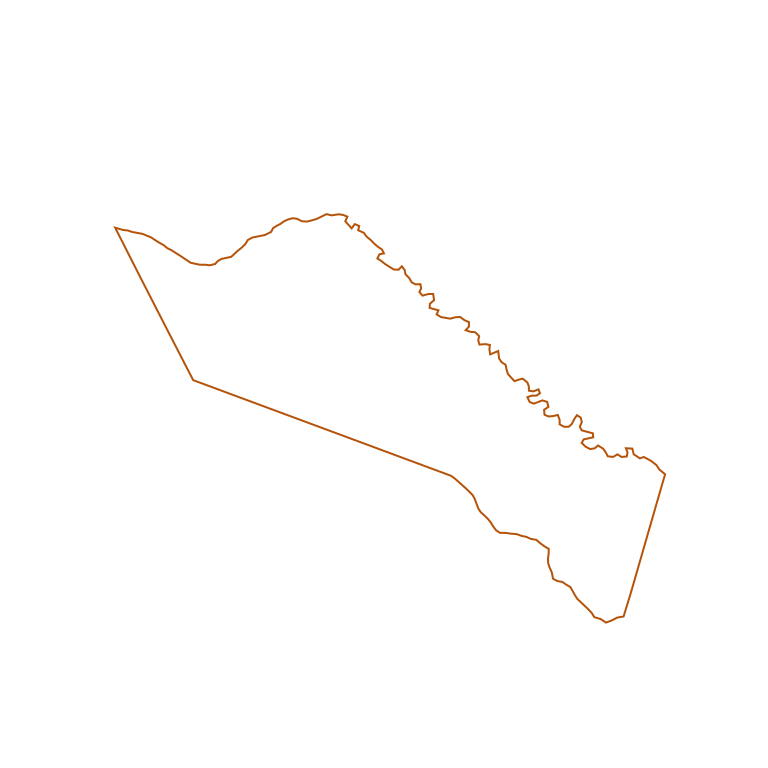 Nova Timboteua, Pará, Brazil, rotated 111°
{"feature_id": "56859067B79534795748726", "entity_name": "Nova Timboteua", "entity_type": "district", "adm_level": 2, "iso_a3": "BRA", "parent_name": "Brazil", "parent_adm1": "Pará", "projection": "robinson", "projection_center": [-47.412, -1.17], "detail": "fine", "context": "isolated", "style": "outline", "palette": "amber", "viewbox_px": 768, "rotation_deg": 111, "n_neighbors": 0, "source": "geoboundaries", "source_scale": "gbopen_adm2", "svg_char_len": 2676}
<svg xmlns="http://www.w3.org/2000/svg" viewBox="0 0 768 768"><g transform="rotate(111 384 384)"><path d="M448.8,563.5L447.2,424.9L446.5,363.5L445.7,288.4L446.9,284.0L452.2,269.9L456.0,261.3L458.8,258.1L466.6,251.2L469.1,247.6L470.7,243.3L472.7,238.7L474.9,234.8L478.0,230.8L480.4,227.0L481.4,222.3L479.4,217.1L478.4,212.5L476.6,206.3L476.5,201.3L475.7,196.2L476.0,191.5L474.9,185.9L476.5,181.6L478.0,176.3L478.9,171.1L483.7,169.4L488.7,168.2L492.6,166.4L496.0,163.6L499.8,159.8L505.2,156.4L505.8,151.2L504.9,146.6L506.0,142.0L506.8,137.2L512.8,130.0L515.4,126.4L520.9,113.0L523.2,108.2L526.3,104.1L525.8,97.4L527.2,91.3L522.8,86.3L518.6,82.7L515.2,77.0L492.2,78.6L485.9,79.1L381.2,88.1L367.6,89.2L365.1,96.4L362.1,100.5L360.1,107.2L359.0,115.2L361.7,118.5L360.1,125.7L355.3,129.0L357.3,135.1L360.5,132.2L364.7,131.4L367.0,136.2L366.0,140.8L370.0,144.0L371.3,149.2L368.5,152.3L365.9,156.1L364.7,162.1L368.6,164.3L370.9,168.4L370.2,173.6L368.1,178.3L364.1,177.7L358.8,169.6L355.2,171.3L356.4,182.8L353.7,185.9L348.6,185.7L344.9,188.3L344.0,192.7L348.6,193.8L353.9,194.3L357.7,196.2L359.4,200.5L358.7,205.6L354.7,207.1L350.6,210.6L353.3,214.6L355.3,218.6L355.2,223.1L350.7,225.3L346.4,222.3L342.2,225.3L342.6,230.3L348.6,237.0L348.6,241.6L344.9,245.4L342.0,242.0L340.2,237.5L336.7,235.1L333.6,237.9L337.3,241.8L338.3,246.3L334.2,248.0L331.2,250.7L329.3,256.4L331.8,260.0L334.6,263.2L330.3,271.9L326.1,275.1L322.5,277.4L321.5,282.1L318.9,285.7L312.3,289.2L318.3,295.5L314.1,297.9L309.6,299.2L310.4,303.5L313.0,309.0L309.4,311.7L305.2,312.3L303.0,317.4L304.3,322.0L304.5,327.0L299.9,325.3L295.8,326.9L295.6,331.6L294.1,337.1L296.5,341.9L299.2,345.4L301.1,354.8L300.1,359.8L295.7,359.6L296.6,368.7L292.7,369.9L287.7,367.3L282.3,370.4L284.2,375.0L287.7,379.7L285.5,383.9L281.4,383.6L277.8,385.8L279.7,390.3L279.1,394.7L276.1,398.4L273.8,403.3L270.1,405.7L267.7,409.5L272.1,411.4L273.6,416.0L271.6,426.0L270.1,430.6L269.2,435.2L264.5,434.7L262.1,430.9L259.2,434.0L258.1,438.8L256.6,443.1L254.5,447.6L252.6,453.1L250.1,457.1L249.7,463.2L245.4,463.8L245.2,468.6L250.3,470.0L246.0,478.4L240.9,478.2L240.8,482.7L241.8,487.1L245.4,493.5L246.0,498.5L254.0,506.0L257.3,510.3L260.0,514.2L261.5,519.1L260.9,524.2L262.0,528.8L265.1,532.9L268.2,535.8L271.7,538.1L274.9,541.0L278.2,543.4L282.5,543.9L287.7,548.7L294.3,559.2L298.4,562.8L302.8,563.5L307.3,565.5L311.7,568.1L320.0,572.2L325.5,580.6L328.7,583.2L332.5,584.7L335.6,589.2L336.7,593.6L338.7,598.9L340.1,608.0L337.2,620.7L335.3,630.2L334.8,635.1L333.3,639.6L332.5,645.2L330.6,654.0L330.4,663.4L332.3,673.5L332.5,678.3L333.7,682.6L334.4,691.0L369.4,652.3L414.9,601.5L448.8,563.5Z" fill="none" stroke="#b45309" stroke-width="2"/></g></svg>